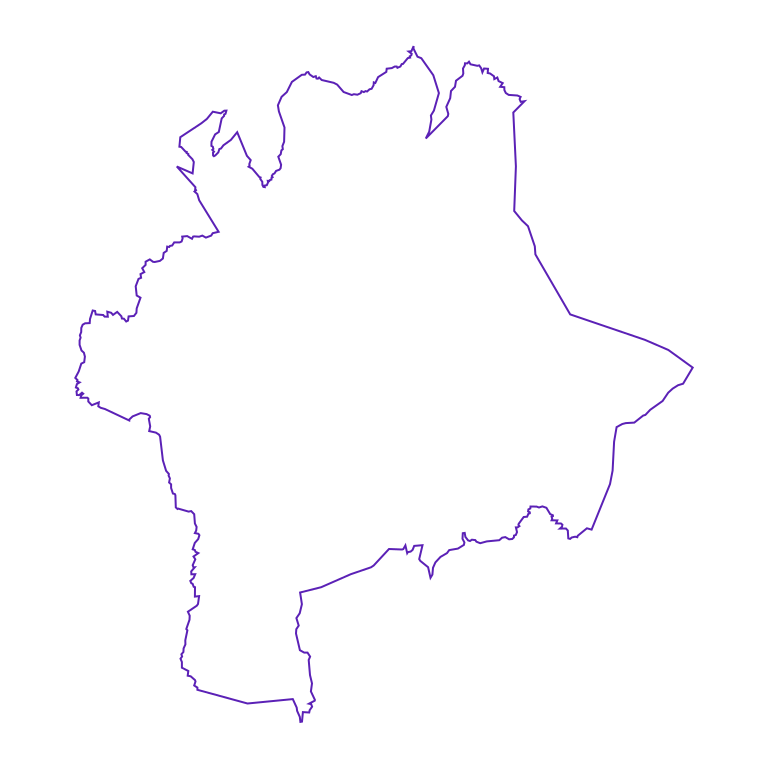 the district of Petlalcingo, Puebla, Mexico
{"feature_id": "50627088B13668938425489", "entity_name": "Petlalcingo", "entity_type": "district", "adm_level": 2, "iso_a3": "MEX", "parent_name": "Mexico", "parent_adm1": "Puebla", "projection": "albers", "projection_center": [-97.931, 18.063], "detail": "fine", "context": "isolated", "style": "outline", "palette": "violet", "viewbox_px": 768, "rotation_deg": 0, "n_neighbors": 0, "source": "geoboundaries", "source_scale": "gbopen_adm2", "svg_char_len": 6001}
<svg xmlns="http://www.w3.org/2000/svg" viewBox="0 0 768 768"><path d="M300.4,721.9L302.0,721.6L302.9,712.1L309.2,712.5L309.7,710.1L312.1,706.7L311.2,704.2L309.0,703.7L314.7,700.7L314.9,699.9L310.9,691.4L312.0,683.4L310.0,675.1L308.7,660.0L310.1,656.6L307.5,652.6L304.2,652.6L299.9,650.2L296.0,633.5L296.3,629.2L298.7,625.6L296.4,618.1L299.7,613.3L301.9,604.2L300.1,592.5L321.2,587.2L350.8,574.2L371.0,567.3L373.7,565.5L389.0,549.0L402.1,549.5L403.3,549.1L405.4,545.4L407.2,553.2L407.9,552.1L410.6,551.6L412.6,549.9L414.2,545.9L422.5,545.2L419.2,559.1L420.3,560.9L428.1,567.2L430.5,577.8L432.4,574.6L433.0,567.8L435.4,562.4L440.5,556.9L447.0,553.1L449.2,550.1L457.9,548.6L463.9,544.9L464.4,542.4L462.5,538.8L462.8,533.2L464.7,532.9L465.4,536.9L468.1,540.4L470.0,541.0L471.9,539.7L475.3,540.1L476.4,541.7L480.2,543.2L486.8,541.4L499.3,540.2L502.1,537.7L505.3,537.1L509.1,539.3L512.2,539.0L513.9,537.4L514.0,535.6L515.8,535.0L517.0,532.1L515.9,527.4L517.5,527.4L519.4,526.1L518.4,524.9L518.7,523.8L523.7,517.0L527.1,516.7L528.4,513.8L529.8,513.3L529.8,512.3L528.1,511.4L528.4,509.4L530.3,508.5L530.5,506.5L536.6,506.6L539.0,507.5L542.4,506.4L546.4,507.8L550.2,514.1L552.9,515.3L552.9,516.2L551.6,516.7L552.2,518.9L551.6,520.3L557.3,520.4L556.1,523.4L561.0,523.5L562.4,524.7L562.0,526.7L559.9,528.6L565.9,528.5L567.8,530.5L568.3,538.4L570.1,538.9L571.7,537.5L575.1,536.7L577.3,537.2L577.7,535.8L586.9,528.3L591.6,529.6L610.0,484.1L612.6,470.6L614.1,441.7L616.6,427.1L622.3,424.0L625.8,423.1L634.3,422.6L643.1,415.6L645.4,414.9L650.2,409.8L662.6,401.0L668.2,392.7L672.7,388.6L678.1,385.2L683.1,383.7L692.7,367.6L668.4,350.0L644.8,339.8L570.2,314.4L535.4,254.4L534.8,246.3L528.0,226.2L521.9,220.4L514.2,211.0L515.9,166.4L513.3,112.5L524.5,101.2L520.7,101.8L519.6,99.1L520.6,96.9L517.4,95.5L508.7,94.9L505.8,93.0L504.4,90.1L504.3,87.2L500.2,86.8L502.7,83.1L498.6,81.1L497.3,77.5L494.3,79.1L494.0,76.3L490.1,73.5L487.7,73.0L488.0,68.8L484.1,68.5L482.4,72.3L481.2,68.3L479.2,65.4L477.3,65.8L470.5,64.3L469.0,61.7L467.3,63.4L465.0,63.3L464.8,65.3L463.0,68.5L463.3,73.5L462.5,75.8L456.0,80.7L455.0,86.8L451.0,91.0L450.2,98.2L446.3,106.9L448.3,113.9L447.8,116.2L425.8,138.5L429.2,131.7L431.4,119.6L430.9,115.5L433.9,110.6L438.9,93.1L433.3,75.2L421.3,58.2L417.5,56.7L413.5,48.6L413.6,46.1L411.4,51.2L408.7,51.5L411.7,53.8L411.3,55.3L409.7,56.4L410.1,57.6L407.8,58.1L403.0,63.9L401.7,64.1L400.4,66.5L397.4,67.8L396.7,66.5L394.8,66.5L391.8,68.1L386.7,68.7L386.3,71.9L378.1,77.1L375.3,83.0L373.8,82.4L373.6,85.2L371.6,88.8L369.5,89.3L367.1,91.5L365.5,91.1L363.9,92.1L361.5,91.2L360.7,93.2L357.4,94.7L353.9,94.2L351.8,95.0L343.6,92.0L337.2,84.6L333.7,82.8L321.7,80.0L319.1,77.5L317.9,78.7L316.5,78.5L315.8,76.2L313.3,77.0L309.6,74.4L308.3,72.1L306.6,72.4L305.0,74.6L301.8,74.8L291.9,81.9L286.8,92.1L281.6,96.8L277.9,105.3L278.9,111.4L284.5,127.5L284.1,141.8L282.4,146.1L282.8,149.2L281.4,150.4L280.7,154.2L278.3,156.7L281.1,164.7L280.6,168.2L279.4,169.7L276.1,170.9L274.5,173.4L272.8,174.3L271.8,176.0L272.6,177.2L271.5,177.9L271.4,179.6L269.6,180.2L269.3,181.1L267.8,180.9L268.1,182.3L266.8,185.2L264.4,185.6L264.7,187.1L263.4,186.9L262.4,185.0L262.3,181.8L260.2,178.8L260.6,177.5L259.3,177.0L252.3,168.7L248.6,166.7L249.6,165.8L249.3,164.1L250.7,160.1L246.9,155.8L237.2,132.2L230.9,139.9L223.4,145.3L221.0,148.5L219.4,149.0L218.3,152.4L215.3,155.4L213.9,156.2L213.1,155.5L213.0,152.7L214.0,151.7L212.3,149.9L213.4,148.9L212.8,146.7L211.4,145.9L211.5,141.7L215.1,134.4L218.8,132.0L221.7,118.4L224.1,115.9L224.1,114.5L225.5,113.8L226.4,110.6L224.3,110.7L220.7,113.3L212.8,111.7L206.9,118.9L201.3,123.3L180.3,137.2L179.4,146.7L181.2,147.0L185.6,151.7L186.7,151.9L186.6,153.0L188.3,154.0L188.2,154.9L192.4,159.2L193.8,162.0L192.6,173.4L176.8,166.5L195.4,187.2L195.1,190.3L196.7,189.7L194.5,191.5L197.3,194.0L199.2,200.3L218.6,231.8L212.7,233.2L211.2,235.6L205.9,237.6L202.3,235.6L199.2,236.7L194.1,236.4L193.1,236.6L192.0,238.8L187.2,236.1L182.2,236.6L182.6,238.5L181.6,241.5L179.7,242.4L174.2,242.4L172.2,245.5L170.0,245.9L169.2,247.0L167.2,246.6L166.7,250.9L163.7,252.9L162.9,258.5L159.9,260.9L154.7,262.0L153.0,261.8L149.8,259.4L145.6,261.7L145.6,264.9L142.2,268.2L144.3,272.1L140.5,274.1L141.1,277.8L138.5,278.9L135.7,286.3L136.7,295.5L140.5,297.7L136.7,308.4L136.4,312.8L133.9,316.0L128.6,316.4L128.0,320.6L126.2,321.5L123.9,318.7L121.9,318.5L121.4,316.3L117.2,311.9L113.0,314.9L111.2,312.8L107.3,311.7L107.8,316.7L104.6,316.6L103.2,315.0L95.7,314.4L95.1,311.0L92.7,310.5L90.0,319.0L89.7,323.1L85.1,323.3L82.7,324.7L81.3,327.9L81.2,332.1L79.9,335.3L80.6,337.7L79.6,340.4L79.6,344.9L81.5,350.5L83.9,352.7L84.9,356.6L84.2,362.2L81.3,363.6L78.7,371.5L75.3,377.9L77.5,380.1L77.0,381.4L79.6,382.4L76.9,384.1L75.9,387.5L77.9,388.3L78.4,389.5L76.5,391.4L76.9,395.0L79.2,395.1L82.0,392.7L83.2,393.7L81.3,395.3L80.6,397.8L87.2,397.7L88.3,398.5L88.3,401.5L91.8,405.2L98.8,402.4L98.3,406.3L100.7,407.8L104.9,409.0L129.3,420.5L129.4,419.4L132.6,416.4L140.7,413.1L146.6,414.1L149.7,415.7L150.1,417.1L148.8,418.8L150.2,426.4L149.2,431.1L155.9,432.6L159.1,434.7L160.1,436.7L162.9,460.4L166.1,470.8L168.9,474.0L168.6,475.6L169.9,478.4L169.1,482.5L171.1,484.3L171.1,488.0L172.9,493.5L174.8,494.0L175.4,495.2L175.8,507.4L177.5,509.0L178.2,508.6L188.6,511.6L191.2,511.1L194.2,514.2L194.9,523.5L196.6,526.9L196.2,530.5L194.9,533.1L198.4,533.8L199.4,535.2L198.2,539.1L194.8,542.9L192.7,549.3L194.8,550.0L195.5,551.8L198.3,553.1L193.5,556.5L195.3,559.3L192.7,565.2L193.5,567.4L194.7,567.3L191.2,571.4L191.4,574.3L195.2,574.2L193.6,578.0L190.3,580.9L191.3,583.2L192.6,583.8L193.7,586.8L195.0,587.2L194.9,596.6L199.1,596.1L198.0,604.0L196.8,605.7L187.9,611.7L189.7,615.7L189.5,619.8L186.3,629.0L187.4,630.3L185.3,640.3L185.4,644.4L183.6,648.4L183.4,652.0L181.4,654.3L182.1,656.5L180.5,658.7L181.9,662.0L181.9,667.7L188.3,671.0L187.7,675.7L190.7,676.3L195.0,680.1L195.5,681.5L194.2,685.5L197.4,687.6L197.4,689.8L247.5,703.5L292.8,699.1L296.7,707.6L297.1,710.8L299.8,716.9L300.4,721.9Z" fill="none" stroke="#5b21b6" stroke-width="2"/></svg>